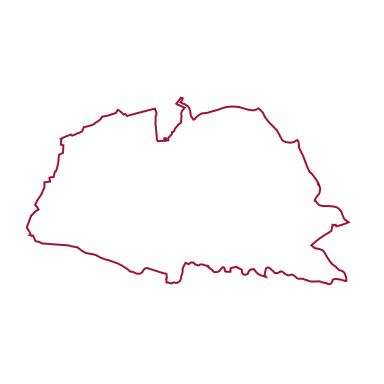 the district of Mihesu De Campie, Mures, Romania, rotated 5°
{"feature_id": "2599482B65808745586436", "entity_name": "Mihesu De Campie", "entity_type": "district", "adm_level": 2, "iso_a3": "ROU", "parent_name": "Romania", "parent_adm1": "Mures", "projection": "robinson", "projection_center": [24.178, 46.679], "detail": "fine", "context": "isolated", "style": "outline", "palette": "rose", "viewbox_px": 384, "rotation_deg": 5, "n_neighbors": 0, "source": "geoboundaries", "source_scale": "gbopen_adm2", "svg_char_len": 6047}
<svg xmlns="http://www.w3.org/2000/svg" viewBox="0 0 384 384"><g transform="rotate(5 192 192)"><path d="M353.5,267.1L353.1,264.2L351.9,261.2L351.0,259.5L350.4,258.8L349.6,258.2L348.4,257.6L347.5,257.3L345.9,257.1L345.2,256.8L342.6,254.7L341.6,253.7L339.7,252.8L337.6,251.3L336.8,250.6L335.3,248.9L332.5,245.4L330.9,243.2L329.3,240.8L328.0,239.2L326.7,238.4L323.2,237.6L321.0,237.5L320.0,237.2L319.6,237.4L318.3,236.6L315.5,234.7L322.5,227.7L327.9,223.3L331.1,221.1L334.1,218.6L334.4,217.6L334.9,212.4L336.4,212.5L336.5,212.7L338.0,212.1L338.8,213.6L344.1,211.7L348.4,209.7L350.6,208.5L347.5,206.7L345.7,205.2L343.6,201.2L342.9,199.3L342.3,198.3L339.7,195.9L337.9,194.8L336.9,194.5L335.6,194.2L331.1,194.1L329.2,194.1L324.2,194.6L323.0,194.5L321.2,194.3L320.1,194.0L319.3,193.6L318.4,192.8L316.1,190.3L315.0,190.1L315.4,188.3L315.8,187.3L316.9,185.4L318.7,182.8L319.1,181.6L319.4,177.8L319.4,177.0L318.8,176.1L318.1,174.1L317.6,174.3L316.8,173.2L317.5,172.9L313.9,167.9L312.9,166.9L311.3,165.0L310.1,163.8L309.1,162.9L307.9,162.2L307.3,161.7L306.9,161.1L305.9,159.1L305.0,157.7L299.9,147.2L298.9,145.4L294.4,137.9L294.8,137.4L294.4,136.0L294.0,133.7L293.3,132.3L292.5,131.1L291.0,131.9L290.2,132.7L289.5,133.2L286.2,134.3L281.6,134.2L279.0,133.4L277.6,132.5L277.1,132.1L276.7,131.6L276.4,131.0L274.8,128.7L274.4,127.9L271.1,123.0L266.6,119.3L265.2,118.0L263.7,116.9L262.7,116.0L258.3,111.2L255.8,106.9L253.1,104.4L252.2,103.8L251.0,102.8L249.1,104.1L248.0,104.7L246.3,105.2L245.1,105.4L240.2,105.0L232.3,103.4L228.4,103.2L224.2,103.4L218.6,104.4L212.6,106.9L210.8,107.8L204.3,110.2L201.3,111.5L199.3,112.1L195.5,112.7L194.1,113.4L192.4,114.6L191.3,115.5L190.0,116.9L188.3,119.2L187.1,119.8L185.4,117.8L184.3,116.1L184.0,115.4L183.2,111.6L182.7,110.3L181.9,108.6L181.1,107.6L177.6,105.3L175.3,104.7L172.8,103.7L174.0,101.8L174.6,99.5L172.8,99.0L170.1,103.4L168.6,105.4L170.1,106.3L172.7,107.0L177.4,108.7L175.7,111.0L175.0,112.1L174.7,113.3L174.4,115.0L175.0,117.7L174.9,119.1L175.0,122.8L174.8,124.0L174.5,124.6L172.7,125.7L172.0,126.8L171.4,127.9L170.0,129.6L169.2,130.9L169.1,132.5L168.7,133.1L168.3,133.3L168.0,133.8L166.7,134.2L167.0,135.7L166.3,137.0L164.4,139.2L163.6,140.4L163.9,142.5L161.6,143.0L161.3,140.7L159.6,141.0L160.5,143.4L156.6,143.8L155.1,144.2L153.4,144.3L152.3,142.2L152.0,139.1L151.5,137.4L150.8,133.0L149.6,127.1L149.6,124.8L149.2,120.9L149.2,119.8L149.7,118.3L149.8,117.3L149.7,116.4L149.3,115.3L147.7,112.2L141.4,114.4L121.8,121.4L120.8,122.0L118.7,120.1L117.1,120.7L112.4,117.1L110.9,116.7L109.2,120.0L101.5,123.2L98.3,124.2L95.7,124.9L94.9,127.0L92.5,129.5L89.9,131.4L88.8,132.7L86.9,133.8L83.9,135.1L80.7,136.2L78.6,136.7L78.0,138.8L77.1,141.3L74.2,143.0L72.2,143.8L69.9,145.3L67.6,146.3L66.4,145.3L60.3,148.3L57.7,149.8L56.6,150.6L57.3,151.1L57.2,153.5L57.3,156.3L59.8,156.7L60.0,162.5L60.1,164.2L60.1,164.3L58.9,165.0L56.2,166.6L56.3,167.6L56.2,170.0L56.3,173.7L55.5,179.9L55.1,181.7L54.5,183.2L53.9,183.5L53.6,184.2L53.4,185.1L53.2,186.8L53.0,187.3L52.9,187.5L53.1,188.8L52.3,189.4L51.3,189.6L50.3,189.5L49.8,189.6L48.7,190.4L49.7,194.0L46.6,194.6L44.1,195.3L44.6,199.6L44.5,200.7L42.6,205.8L42.4,206.9L42.2,207.5L38.5,214.0L37.8,216.3L37.1,217.7L36.9,218.5L37.0,218.8L37.5,219.2L38.9,220.2L39.6,221.4L40.6,222.9L38.5,224.2L37.8,224.9L36.5,226.4L35.0,228.4L33.7,229.7L33.4,231.3L31.5,238.1L30.5,241.8L30.8,242.2L33.4,245.6L34.5,247.5L35.0,248.6L34.2,249.1L35.6,249.6L37.4,249.2L40.4,254.6L40.8,254.8L42.3,254.8L44.8,255.2L46.9,256.3L73.9,256.0L76.1,256.5L82.6,257.1L87.2,260.0L90.6,261.7L91.5,262.0L98.9,262.7L100.9,263.0L102.3,263.4L105.9,265.1L107.4,265.6L112.8,267.0L114.1,267.0L124.0,269.6L128.2,271.2L132.0,273.2L134.5,274.6L137.6,276.7L139.9,276.7L140.7,276.9L143.3,278.0L143.9,278.1L145.7,278.1L147.1,277.9L148.1,277.5L148.5,277.2L149.4,276.2L150.7,273.5L151.2,272.9L152.1,272.2L152.8,271.9L153.4,271.7L154.7,271.8L167.3,274.7L173.3,275.8L173.6,275.7L174.3,278.9L174.4,280.0L174.1,280.6L174.1,281.1L173.9,281.1L174.5,283.8L174.5,284.4L176.1,284.3L177.2,284.4L178.9,285.0L180.1,284.6L180.9,284.0L181.8,283.6L182.4,283.6L183.8,284.0L184.3,284.0L185.8,283.3L187.5,282.0L187.8,281.6L188.2,280.6L188.7,278.3L188.6,276.7L189.3,274.7L189.4,273.7L189.6,272.4L189.4,269.5L189.4,269.0L190.6,265.7L191.0,265.0L191.7,263.3L194.3,263.8L194.2,264.0L195.0,264.3L195.9,263.2L197.1,262.4L197.7,262.1L198.9,262.2L200.1,262.6L200.8,263.0L201.0,263.5L201.2,263.8L201.7,264.0L202.7,264.0L203.9,264.5L204.9,264.6L205.4,264.4L205.8,263.9L206.6,263.4L207.8,263.3L209.0,263.3L212.2,264.1L213.9,264.4L214.1,264.1L214.8,264.3L214.9,264.5L214.7,265.3L214.8,265.5L219.1,267.9L219.8,269.0L220.8,269.7L221.5,269.8L223.4,269.7L224.9,269.2L226.0,268.4L226.5,267.8L228.3,265.3L229.0,264.5L229.3,264.3L229.8,264.2L230.2,264.3L230.5,264.6L231.0,265.1L232.0,268.2L233.6,268.4L237.2,268.1L237.1,264.7L237.3,264.4L237.6,264.2L237.9,264.1L240.3,263.5L242.2,262.7L242.6,262.7L246.1,264.2L248.1,264.9L248.4,265.3L249.1,268.3L249.4,268.8L250.6,269.6L251.6,269.8L252.7,269.7L253.7,269.3L254.6,268.8L255.0,267.8L255.2,266.6L256.2,265.0L257.5,263.9L259.2,263.9L259.7,263.4L260.2,263.3L263.0,266.2L264.6,267.7L265.2,268.0L267.4,268.9L272.9,270.1L271.6,268.4L272.0,264.2L272.3,262.3L272.5,261.6L272.9,261.1L273.8,260.7L275.0,260.6L275.9,261.0L276.8,261.6L278.4,262.9L279.4,263.5L280.5,264.6L281.6,265.5L283.8,265.4L285.1,265.0L285.9,264.2L286.3,264.2L286.5,263.9L287.3,263.3L288.1,263.5L288.5,263.4L289.4,263.8L292.0,265.6L294.7,266.6L295.8,266.6L298.5,265.6L299.7,265.7L302.9,267.7L303.8,268.5L304.7,268.9L305.3,269.1L310.3,268.8L311.0,269.1L311.9,269.3L312.4,269.6L313.0,269.7L314.0,269.7L315.5,270.3L317.6,270.8L319.6,270.7L320.0,270.8L320.4,270.6L325.8,270.1L326.2,269.9L327.6,270.0L329.6,270.7L330.6,270.7L331.0,270.9L332.5,270.8L333.0,271.1L333.3,270.9L333.8,270.9L334.8,271.6L335.5,271.8L336.3,271.9L337.8,271.6L338.4,271.2L338.6,270.9L338.9,270.2L339.0,270.0L339.1,269.7L339.7,269.0L339.7,267.3L340.1,266.9L340.7,266.6L341.4,266.5L343.2,266.0L346.2,266.3L346.7,266.1L352.4,267.3L353.5,267.1Z" fill="none" stroke="#9f1239" stroke-width="2"/></g></svg>